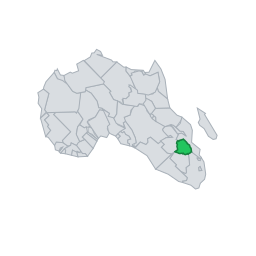 Zimbabwe on a map of Africa (Equal Earth projection), rotated 315°
{"feature_id": "ZWE", "entity_name": "Zimbabwe", "entity_type": "country or territory", "adm_level": 0, "iso_a3": "ZWE", "parent_name": "Africa", "parent_adm1": "", "projection": "equal_earth", "projection_center": [29.641, -19.023], "detail": "fine", "context": "in_parent", "style": "filled", "palette": "green", "viewbox_px": 256, "rotation_deg": 315, "n_neighbors": 49, "source": "natural_earth", "source_scale": "50m", "svg_char_len": 11640}
<svg xmlns="http://www.w3.org/2000/svg" viewBox="0 0 256 256"><g transform="rotate(315 128 128)"><path d="M161.3,133.5L171.8,143.4L171.7,153.5L173.8,158.4L172.3,159.9L162.5,161.5L161.0,156.0L155.1,153.2L152.9,148.3L152.3,143.0L155.1,140.0L154.5,134.0L161.3,133.5Z" fill="#d9dde1" stroke="#a8b0b8" stroke-width="1"/><path d="M81.4,59.7L81.0,63.5L74.8,63.3L74.1,69.8L72.3,70.0L71.7,75.0L63.7,75.9L73.2,59.0L81.4,59.7Z" fill="#d9dde1" stroke="#a8b0b8" stroke-width="1"/><path d="M152.3,143.0L155.1,153.2L151.2,153.6L150.5,162.3L152.9,163.3L153.0,166.1L148.1,161.8L138.3,160.4L137.4,150.4L134.2,149.5L132.1,152.2L129.0,152.4L126.7,146.6L118.6,146.4L121.3,143.0L123.3,144.2L126.1,140.4L129.3,132.2L131.1,119.9L132.9,117.7L138.7,120.3L145.1,117.1L148.5,117.1L150.5,119.6L153.1,118.8L156.0,125.2L153.4,129.4L152.3,143.0Z" fill="#d9dde1" stroke="#a8b0b8" stroke-width="1"/><path d="M176.5,135.5L175.3,123.6L177.5,119.8L183.1,117.7L188.6,109.8L180.5,106.7L178.2,103.0L179.3,100.7L182.2,103.4L194.8,99.2L193.0,109.6L188.6,119.8L176.5,135.5Z" fill="#d9dde1" stroke="#a8b0b8" stroke-width="1"/><path d="M171.8,143.4L161.3,133.5L163.6,126.0L161.5,119.7L164.1,116.4L169.6,121.5L177.0,120.6L175.3,123.6L176.5,135.5L171.8,143.4Z" fill="#d9dde1" stroke="#a8b0b8" stroke-width="1"/><path d="M143.0,109.2L141.5,108.0L140.8,107.3L141.0,104.3L137.9,97.7L140.1,89.6L141.8,89.8L141.8,78.4L144.0,78.4L144.1,73.3L166.7,73.3L168.0,82.0L169.8,83.6L166.9,86.3L165.8,95.2L162.0,102.9L161.4,108.0L159.0,98.6L156.3,105.0L153.6,103.8L151.6,106.1L147.3,105.9L144.0,103.8L141.6,108.2L143.0,109.2Z" fill="#d9dde1" stroke="#a8b0b8" stroke-width="1"/><path d="M141.8,79.5L141.8,89.8L140.1,89.6L137.9,97.7L139.7,101.5L130.0,110.1L124.7,111.3L122.2,105.7L125.2,104.6L123.6,95.8L121.6,93.0L125.1,87.2L126.6,77.4L124.9,71.1L126.8,69.7L141.8,79.5Z" fill="#d9dde1" stroke="#a8b0b8" stroke-width="1"/><path d="M128.2,205.3L129.1,204.1L132.2,206.5L134.8,205.0L134.6,195.8L136.6,200.9L137.9,200.7L141.0,197.0L145.5,197.6L152.5,189.0L155.9,189.4L157.3,194.8L157.1,198.5L155.6,198.2L154.9,200.7L156.0,202.1L158.9,200.7L157.7,205.7L150.3,215.6L145.9,218.4L140.1,218.2L135.7,220.5L132.6,218.9L132.0,212.9L128.2,205.3ZM151.7,206.2L150.0,206.0L148.1,208.5L150.1,210.2L151.7,206.2Z" fill="#d9dde1" stroke="#a8b0b8" stroke-width="1"/><path d="M151.7,206.2L150.1,210.2L148.1,208.5L150.0,206.0L151.7,206.2Z" fill="#d9dde1" stroke="#a8b0b8" stroke-width="1"/><path d="M152.5,189.0L145.5,197.6L141.0,197.0L137.9,200.7L136.6,200.9L134.6,195.8L134.4,188.4L136.2,188.3L136.1,179.1L144.5,177.8L149.8,187.4L152.5,189.0Z" fill="#d9dde1" stroke="#a8b0b8" stroke-width="1"/><path d="M134.4,188.4L134.8,205.0L132.2,206.5L129.1,204.1L128.2,205.3L126.0,201.6L123.7,189.0L118.4,176.6L144.1,177.4L136.1,179.1L136.2,188.3L134.4,188.4Z" fill="#d9dde1" stroke="#a8b0b8" stroke-width="1"/><path d="M62.7,95.1L61.2,92.1L64.4,87.6L67.4,87.2L71.7,92.4L72.7,98.1L62.6,98.2L62.4,96.2L68.3,95.3L62.7,95.1Z" fill="#d9dde1" stroke="#a8b0b8" stroke-width="1"/><path d="M72.7,98.1L71.7,92.4L72.8,90.4L84.7,90.1L84.9,65.8L87.8,65.8L102.1,79.2L102.1,80.9L104.2,80.6L102.5,89.9L93.3,91.5L87.4,95.4L84.3,103.5L79.2,104.0L77.3,98.4L75.2,99.7L72.7,98.1Z" fill="#d9dde1" stroke="#a8b0b8" stroke-width="1"/><path d="M63.7,75.9L71.7,75.0L72.3,70.0L74.1,69.8L74.8,63.3L81.0,63.5L81.4,59.7L87.8,65.8L84.9,65.8L84.7,90.1L72.8,90.4L71.7,92.4L67.4,87.2L63.7,88.4L65.0,78.2L63.7,75.9Z" fill="#d9dde1" stroke="#a8b0b8" stroke-width="1"/><path d="M99.9,114.4L98.3,114.7L98.1,106.8L96.4,103.3L100.7,98.6L102.4,102.6L100.1,108.5L99.9,114.4Z" fill="#d9dde1" stroke="#a8b0b8" stroke-width="1"/><path d="M124.9,71.1L126.6,77.4L125.1,87.2L121.6,93.0L123.6,95.8L122.8,98.0L120.7,95.1L112.7,97.1L105.9,94.4L103.2,95.2L102.1,100.1L97.2,97.0L96.1,91.6L102.5,89.9L104.2,80.6L119.5,69.6L123.5,72.1L124.9,71.1Z" fill="#d9dde1" stroke="#a8b0b8" stroke-width="1"/><path d="M99.9,114.4L103.8,94.7L112.7,97.1L120.7,95.1L123.5,99.0L117.8,112.5L112.8,113.9L111.3,118.3L106.2,119.7L103.1,114.4L99.9,114.4Z" fill="#d9dde1" stroke="#a8b0b8" stroke-width="1"/><path d="M123.4,97.0L125.2,104.6L122.2,105.7L125.0,110.6L123.1,118.5L125.9,126.4L113.5,125.0L111.3,119.1L111.8,116.5L114.6,112.3L117.8,112.5L123.4,97.0Z" fill="#d9dde1" stroke="#a8b0b8" stroke-width="1"/><path d="M96.7,101.9L98.3,114.7L96.7,115.3L94.8,102.7L96.7,101.9Z" fill="#d9dde1" stroke="#a8b0b8" stroke-width="1"/><path d="M95.0,101.8L96.7,115.3L88.9,117.8L89.2,102.0L95.0,101.8Z" fill="#d9dde1" stroke="#a8b0b8" stroke-width="1"/><path d="M79.2,104.0L82.8,103.1L89.3,105.5L88.9,117.8L79.3,119.4L79.7,115.9L77.7,113.9L79.2,104.0Z" fill="#d9dde1" stroke="#a8b0b8" stroke-width="1"/><path d="M68.4,97.7L75.2,99.7L77.3,98.4L79.2,104.0L78.4,110.6L76.6,111.6L75.6,108.4L74.1,108.9L73.1,104.4L68.8,107.4L65.4,101.8L68.4,97.7Z" fill="#d9dde1" stroke="#a8b0b8" stroke-width="1"/><path d="M62.6,98.2L68.4,97.7L68.2,99.7L65.4,101.8L62.6,98.2Z" fill="#d9dde1" stroke="#a8b0b8" stroke-width="1"/><path d="M78.1,110.6L77.7,113.9L79.7,115.9L79.3,119.4L72.2,113.0L74.7,108.7L76.6,111.6L78.1,110.6Z" fill="#d9dde1" stroke="#a8b0b8" stroke-width="1"/><path d="M68.8,107.4L73.1,104.4L74.7,108.7L72.2,113.0L68.8,107.4Z" fill="#d9dde1" stroke="#a8b0b8" stroke-width="1"/><path d="M84.3,103.5L86.9,96.0L93.3,91.5L96.1,91.6L97.2,97.0L99.4,97.6L96.7,101.9L89.2,102.0L89.3,105.5L84.3,103.5Z" fill="#d9dde1" stroke="#a8b0b8" stroke-width="1"/><path d="M148.5,117.1L142.6,117.5L138.7,120.3L132.9,117.7L130.9,121.7L128.3,121.1L126.1,125.0L123.0,116.5L124.7,111.3L130.0,110.1L139.7,101.5L140.8,107.3L148.5,117.1Z" fill="#d9dde1" stroke="#a8b0b8" stroke-width="1"/><path d="M130.9,121.7L129.3,132.2L126.1,140.4L123.3,144.2L119.4,142.8L118.0,144.4L116.4,141.6L117.9,140.1L117.1,138.4L119.3,136.2L122.1,137.6L122.9,134.6L121.8,130.9L122.6,127.8L120.7,127.5L120.3,125.0L125.9,126.4L128.3,121.1L130.9,121.7Z" fill="#d9dde1" stroke="#a8b0b8" stroke-width="1"/><path d="M116.7,125.0L120.0,124.9L120.7,127.5L122.6,127.8L121.8,130.9L122.9,134.6L122.1,137.6L119.3,136.2L117.1,138.4L117.9,140.1L116.4,141.6L111.8,134.0L113.2,128.3L116.7,128.2L116.7,125.0Z" fill="#d9dde1" stroke="#a8b0b8" stroke-width="1"/><path d="M113.5,125.0L116.7,125.0L116.7,128.2L113.2,128.3L113.5,125.0Z" fill="#d9dde1" stroke="#a8b0b8" stroke-width="1"/><path d="M155.1,153.2L160.0,156.7L158.9,167.3L159.9,168.0L154.0,170.1L154.2,172.0L147.9,178.3L140.5,177.2L137.9,173.5L137.9,165.2L142.0,165.2L141.7,160.0L148.1,161.8L153.0,166.1L152.9,163.3L150.5,162.3L150.6,155.3L151.7,153.3L155.1,153.2Z" fill="#d9dde1" stroke="#a8b0b8" stroke-width="1"/><path d="M159.0,155.5L162.0,158.0L162.5,166.9L164.7,169.6L163.4,175.3L162.3,169.6L158.9,167.3L160.5,158.9L159.0,155.5Z" fill="#d9dde1" stroke="#a8b0b8" stroke-width="1"/><path d="M162.5,161.5L168.2,161.7L173.8,158.4L174.6,169.8L171.9,175.1L162.8,183.1L163.9,194.1L159.3,197.3L158.9,200.7L157.5,200.7L155.9,189.4L158.7,184.4L159.1,175.1L154.3,172.9L154.0,170.1L159.9,168.0L162.3,169.6L163.4,175.3L164.7,169.6L162.5,166.9L162.5,161.5Z" fill="#d9dde1" stroke="#a8b0b8" stroke-width="1"/><path d="M157.5,200.7L156.0,202.1L154.9,200.7L155.6,198.2L157.5,200.7Z" fill="#d9dde1" stroke="#a8b0b8" stroke-width="1"/><path d="M118.0,144.4L119.4,144.3L118.6,146.4L118.0,144.4ZM118.9,147.2L126.7,146.6L129.0,152.4L132.1,152.2L134.2,149.5L137.4,150.4L138.3,160.4L141.9,160.8L142.0,165.2L137.9,165.2L137.9,173.5L140.5,177.2L118.4,176.6L121.9,161.0L118.9,147.2Z" fill="#d9dde1" stroke="#a8b0b8" stroke-width="1"/><path d="M154.6,137.4L155.1,140.0L152.3,143.0L151.7,138.6L154.6,137.4Z" fill="#d9dde1" stroke="#a8b0b8" stroke-width="1"/><path d="M191.1,162.9L193.1,172.5L191.7,172.5L185.8,196.2L182.6,197.9L180.1,196.3L179.0,190.7L181.4,182.2L180.6,176.9L181.6,173.8L185.2,172.7L191.1,162.9Z" fill="#d9dde1" stroke="#a8b0b8" stroke-width="1"/><path d="M62.4,96.2L65.9,94.3L68.3,95.3L62.4,96.2Z" fill="#d9dde1" stroke="#a8b0b8" stroke-width="1"/><path d="M115.8,52.5L112.9,43.3L115.1,36.5L117.2,35.5L118.2,37.0L119.8,36.2L117.7,42.7L119.9,45.6L115.8,52.5Z" fill="#d9dde1" stroke="#a8b0b8" stroke-width="1"/><path d="M81.4,59.7L81.9,56.1L96.4,47.7L95.7,40.7L97.6,39.4L102.7,37.3L115.1,36.5L112.9,43.3L115.3,48.1L116.2,54.7L114.8,62.9L116.4,67.3L119.5,69.6L107.0,79.5L102.1,80.9L102.1,79.2L81.4,59.7Z" fill="#d9dde1" stroke="#a8b0b8" stroke-width="1"/><path d="M166.1,92.9L166.9,86.3L169.8,83.6L171.6,89.0L179.1,97.4L177.7,97.8L173.1,92.7L166.1,92.9Z" fill="#d9dde1" stroke="#a8b0b8" stroke-width="1"/><path d="M73.2,59.0L80.6,53.4L81.9,47.0L86.8,43.2L89.2,39.3L95.7,40.7L96.4,47.7L81.9,56.1L81.5,59.0L73.2,59.0Z" fill="#d9dde1" stroke="#a8b0b8" stroke-width="1"/><path d="M166.7,73.3L144.1,73.3L144.7,49.4L151.6,51.1L155.4,49.4L157.2,50.9L161.4,50.2L162.7,54.5L161.3,58.6L157.9,53.8L164.4,68.4L164.1,70.5L166.7,73.3Z" fill="#d9dde1" stroke="#a8b0b8" stroke-width="1"/><path d="M144.3,48.6L144.0,78.4L141.8,79.5L126.8,69.7L123.5,72.1L116.4,67.3L114.8,62.9L116.8,49.9L119.9,45.6L126.7,47.7L127.4,49.9L133.5,52.6L136.9,46.6L144.3,48.6Z" fill="#d9dde1" stroke="#a8b0b8" stroke-width="1"/><path d="M188.6,109.8L183.1,117.7L172.5,121.9L165.8,119.2L159.4,110.4L166.1,92.9L168.4,93.5L169.0,91.5L176.2,95.4L177.7,97.8L176.6,101.7L178.6,102.1L180.5,106.7L188.6,109.8Z" fill="#d9dde1" stroke="#a8b0b8" stroke-width="1"/><path d="M177.7,97.8L179.6,98.2L178.6,102.1L176.6,101.7L177.7,97.8Z" fill="#d9dde1" stroke="#a8b0b8" stroke-width="1"/><path d="M161.3,133.5L152.8,134.6L156.1,121.0L161.5,119.7L162.5,121.6L163.6,126.0L161.3,133.5Z" fill="#d9dde1" stroke="#a8b0b8" stroke-width="1"/><path d="M154.5,134.0L155.1,137.1L151.7,138.6L152.2,135.3L154.5,134.0Z" fill="#d9dde1" stroke="#a8b0b8" stroke-width="1"/><path d="M155.3,121.7L153.1,118.8L149.7,119.3L141.6,108.2L145.4,103.4L147.3,105.9L151.6,106.1L153.6,103.8L156.3,105.0L158.3,101.7L157.7,99.3L159.9,98.8L161.4,108.0L159.4,110.4L164.1,116.4L160.3,121.0L155.3,121.7Z" fill="#d9dde1" stroke="#a8b0b8" stroke-width="1"/><path d="M156.1,189.8L155.9,189.6L155.7,189.5L155.4,189.5L155.0,189.5L154.5,189.6L154.0,189.5L153.4,189.2L153.0,189.1L152.4,189.2L152.2,188.9L151.9,188.9L151.8,188.7L151.7,188.6L151.8,188.3L151.8,188.2L151.7,188.2L151.2,188.0L150.8,187.8L150.2,187.7L149.9,187.6L149.6,187.1L149.5,186.9L149.2,186.5L149.2,186.3L149.2,186.0L149.2,185.8L149.2,185.6L149.2,185.4L149.2,185.1L149.2,184.9L148.8,184.8L148.4,184.8L148.4,184.6L148.4,184.2L148.2,183.9L147.7,183.6L147.3,183.3L146.9,183.0L146.4,182.5L146.3,182.4L146.1,182.0L145.8,181.2L145.8,180.9L145.6,180.5L145.5,180.3L145.5,180.1L145.1,179.6L144.9,179.4L144.8,179.1L144.7,178.8L144.7,178.7L144.5,178.4L144.4,178.2L144.5,177.9L144.9,178.1L145.1,178.1L145.4,178.1L145.7,178.3L145.9,178.4L146.2,178.2L146.6,178.3L147.0,178.5L147.4,178.6L147.9,178.3L148.3,177.7L148.7,177.2L149.1,176.5L149.3,176.0L149.6,175.6L150.1,175.3L150.5,175.0L151.2,174.6L151.4,174.4L151.4,174.1L151.4,173.6L151.5,173.4L151.5,173.2L151.8,173.0L152.2,172.7L152.6,172.5L153.1,172.3L153.6,172.3L154.1,172.3L154.4,172.3L154.4,172.7L154.4,173.2L154.5,173.2L154.8,173.3L155.4,173.3L156.0,173.3L156.4,173.7L156.5,173.7L156.9,173.8L157.4,174.4L158.0,174.4L158.4,174.6L158.7,174.8L158.9,175.0L159.1,175.1L159.3,175.1L159.3,175.3L159.2,175.6L159.2,176.0L159.4,176.5L159.4,177.0L159.3,177.8L159.3,178.7L159.3,179.0L159.4,179.3L159.3,179.7L159.2,180.1L159.2,180.3L158.9,180.6L158.8,180.9L158.8,181.0L159.1,181.2L159.1,181.3L159.1,181.7L159.0,182.0L159.1,182.5L159.2,182.8L159.3,183.1L159.4,183.3L159.4,183.6L159.1,184.2L158.9,184.5L158.7,184.9L158.5,185.2L158.4,185.3L158.4,185.7L158.3,186.1L158.1,186.5L158.3,186.9L158.2,187.0L157.8,187.5L157.5,188.0L157.2,188.3L156.9,188.7L156.6,189.1L156.3,189.5L156.1,189.8Z" fill="#22c55e" stroke="#15803d" stroke-width="1.5"/></g></svg>